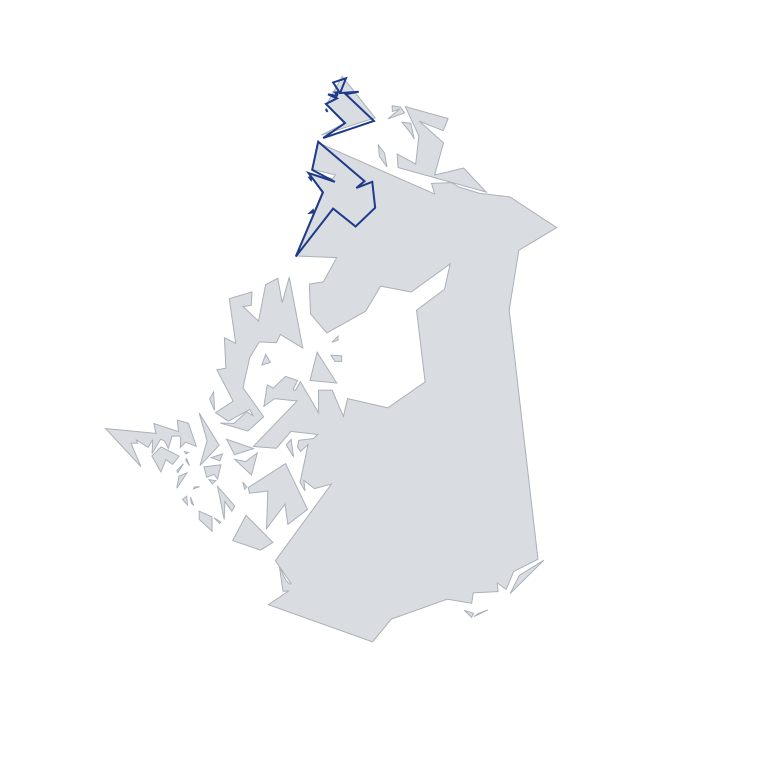 location of Newfoundland and Labrador within Canada, rotated 221°
{"feature_id": "CAN-686", "entity_name": "Newfoundland and Labrador", "entity_type": "Province", "adm_level": 1, "iso_a3": "CAN", "parent_name": "Canada", "parent_adm1": "", "projection": "orthographic", "projection_center": [-58.847, 53.496], "detail": "coarse", "context": "in_parent", "style": "outline", "palette": "blue", "viewbox_px": 768, "rotation_deg": 221, "n_neighbors": 0, "source": "natural_earth", "source_scale": "10m", "svg_char_len": 4469}
<svg xmlns="http://www.w3.org/2000/svg" viewBox="0 0 768 768"><g transform="rotate(221 384 384)"><path d="M195.2,263.0L224.3,211.3L223.4,181.9L326.4,141.6L320.1,165.6L324.2,161.3L342.8,177.3L329.4,171.5L324.0,171.1L323.1,172.4L350.1,179.4L358.0,274.0L367.9,259.4L381.2,258.6L373.5,251.5L382.7,254.6L401.6,288.5L402.7,278.3L408.0,279.9L411.4,285.6L401.5,296.5L400.9,302.4L423.1,287.2L423.1,264.9L441.6,251.1L438.5,314.2L457.0,301.1L460.0,288.4L471.5,306.7L464.8,308.2L463.3,325.1L451.5,329.9L449.4,321.4L448.4,320.2L446.6,321.1L448.7,330.9L414.3,319.2L429.4,336.4L419.0,345.3L393.4,332.9L401.9,349.1L365.5,368.5L354.3,412.5L407.8,461.0L400.5,495.3L412.9,518.1L423.8,471.3L450.8,455.6L445.6,426.9L460.7,385.0L485.4,388.7L505.9,410.5L496.8,421.2L502.6,448.4L534.4,422.9L556.3,487.9L579.0,493.7L557.5,505.2L557.9,509.9L579.0,498.9L592.6,522.7L470.4,560.6L479.7,566.6L465.1,580.3L457.0,581.7L437.3,590.4L411.6,607.8L356.3,615.3L370.0,573.4L338.1,522.0L152.9,352.8L163.1,327.6L157.1,309.2L168.0,308.1L161.7,302.2L179.6,285.0L174.0,276.0L195.2,263.0ZM462.2,274.3L468.6,276.7L477.2,253.7L492.3,251.9L486.6,272.1L519.4,285.1L513.7,292.2L534.8,314.2L522.6,317.4L556.8,346.9L544.0,366.9L535.8,356.2L541.2,350.0L519.9,349.1L538.5,381.3L533.5,394.0L514.3,378.7L525.6,402.5L468.9,357.8L494.7,353.4L492.4,344.5L505.8,333.9L502.6,315.7L488.0,288.7L453.3,280.3L455.9,259.2L482.1,247.1L471.4,255.7L469.5,272.9L462.2,274.3ZM513.3,162.2L564.9,167.7L523.7,197.1L531.8,203.2L507.8,213.2L516.3,221.1L505.9,226.1L484.8,213.8L495.6,209.9L496.2,202.6L502.2,210.3L504.7,210.3L509.8,205.5L504.5,193.9L512.1,196.9L516.4,196.0L513.5,179.4L522.0,190.4L520.4,181.4L534.2,179.3L531.2,177.5L536.3,173.4L513.3,162.2ZM377.8,197.8L401.5,227.0L413.9,213.3L418.5,216.7L406.1,259.3L359.5,239.2L364.4,215.0L379.9,228.4L377.8,197.8ZM497.3,605.0L482.9,574.9L465.6,599.2L432.8,595.9L515.4,556.6L524.9,566.2L504.4,570.8L520.5,594.2L549.9,607.3L509.8,626.4L505.5,614.0L529.8,605.5L497.3,605.0ZM395.5,166.6L402.0,194.4L363.9,191.5L368.4,177.5L395.5,166.6ZM494.7,171.3L512.0,177.4L511.0,190.3L491.2,195.1L490.9,184.6L499.1,183.8L494.7,171.3ZM469.4,201.8L480.2,225.0L504.5,240.9L468.2,229.6L469.4,201.8ZM415.8,177.0L442.4,197.5L416.5,194.0L415.4,188.2L427.0,190.9L415.8,177.0ZM594.6,530.7L584.9,554.6L610.6,556.9L617.4,588.7L565.3,579.1L594.6,530.7ZM424.3,228.3L447.1,229.2L437.4,234.8L434.4,248.9L424.3,228.3ZM420.3,353.7L442.2,338.2L455.3,364.1L420.3,353.7ZM450.5,232.6L466.6,239.1L440.1,249.6L450.5,232.6ZM440.1,166.7L426.7,170.9L417.1,160.1L434.5,160.6L440.1,166.7ZM465.5,203.3L454.1,216.0L447.3,203.1L453.0,204.3L456.5,197.3L465.5,203.3ZM472.0,169.4L478.2,179.9L474.4,187.7L472.0,169.4ZM151.3,308.8L156.3,328.3L147.8,355.8L151.3,308.8ZM494.6,252.9L505.8,258.3L507.4,266.2L494.6,252.9ZM404.5,269.7L417.8,273.9L417.9,281.3L404.5,269.7ZM466.0,215.2L460.0,225.3L457.5,218.3L466.0,215.2ZM483.5,182.7L483.1,192.1L481.5,181.8L483.5,182.7ZM488.6,318.1L492.8,328.7L483.9,325.8L488.6,318.1ZM451.3,167.7L456.0,171.7L447.9,167.5L451.3,167.7ZM426.3,217.3L420.1,216.4L420.1,213.1L426.3,217.3ZM555.0,586.6L552.6,601.8L556.5,595.1L560.4,599.4L553.1,603.8L546.4,602.1L555.0,586.6ZM460.4,164.7L459.3,169.8L453.0,163.8L460.4,164.7ZM545.0,560.7L535.1,558.6L524.2,549.8L536.9,552.8L545.0,560.7ZM443.0,370.9L434.4,377.5L430.8,373.3L435.7,368.9L443.0,370.9ZM164.8,265.3L175.0,265.8L165.9,269.7L164.8,265.3ZM477.1,194.6L483.8,196.6L484.1,198.2L477.1,194.6ZM453.3,197.0L447.5,200.7L448.1,196.0L453.3,197.0ZM522.0,588.8L528.0,590.8L541.9,593.3L535.0,598.4L522.0,588.8ZM450.8,381.3L450.0,389.9L447.4,386.9L450.8,381.3ZM424.4,171.6L416.5,172.7L416.6,170.8L424.4,171.6ZM490.2,202.2L486.6,203.9L487.7,201.4L490.2,202.2ZM459.6,181.7L455.8,185.6L459.0,179.9L459.6,181.7ZM163.6,267.5L162.4,272.5L157.3,281.8L163.6,267.5Z" fill="#d9dde1" stroke="#a8b0b8" stroke-width="1"/><path d="M534.2,422.4L555.8,488.6L579.4,493.7L553.7,504.3L578.7,498.5L592.6,523.7L531.8,524.3L533.5,513.8L525.5,528.9L506.3,511.2L508.8,484.2L537.5,483.0L534.2,422.4ZM620.2,578.2L613.3,589.8L608.0,574.8L594.8,588.0L603.0,577.6L564.2,575.9L591.3,529.7L584.6,555.4L611.6,557.3L606.9,568.6L616.3,565.9L609.0,570.3L608.9,571.1L609.3,572.2L611.3,572.3L609.3,573.0L611.7,572.4L609.2,575.0L620.2,578.2ZM549.9,467.1L552.1,464.7L551.6,468.5L549.9,467.1ZM573.1,490.3L575.9,490.9L575.8,491.1L574.6,491.7L573.7,491.6L573.1,490.3ZM607.4,553.1L605.1,552.3L607.4,552.9L607.4,553.1ZM608.9,570.7L611.6,572.0L609.5,571.9L608.9,570.7Z" fill="none" stroke="#1e3a8a" stroke-width="2"/></g></svg>